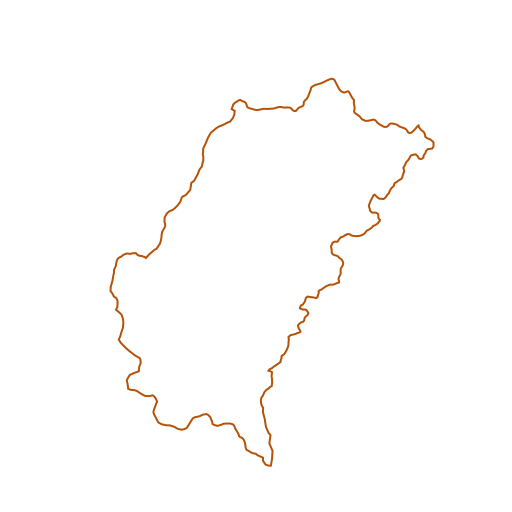 Kurtoe, Lhuntshi, Bhutan (Robinson projection), rotated 110°
{"feature_id": "84629894B57016809532633", "entity_name": "Kurtoe", "entity_type": "district", "adm_level": 2, "iso_a3": "BTN", "parent_name": "Bhutan", "parent_adm1": "Lhuntshi", "projection": "robinson", "projection_center": [90.998, 27.926], "detail": "fine", "context": "isolated", "style": "outline", "palette": "amber", "viewbox_px": 512, "rotation_deg": 110, "n_neighbors": 0, "source": "geoboundaries", "source_scale": "gbopen_adm2", "svg_char_len": 6071}
<svg xmlns="http://www.w3.org/2000/svg" viewBox="0 0 512 512"><g transform="rotate(110 256 256)"><path d="M115.2,321.7L114.8,323.6L114.8,324.5L115.7,325.5L119.3,328.3L121.5,329.2L126.3,329.1L126.9,325.6L128.2,325.4L130.5,324.7L134.3,324.9L138.5,326.3L140.1,328.2L143.7,331.4L147.2,335.3L149.9,337.3L155.6,340.6L160.6,341.5L168.7,341.9L173.2,342.4L175.6,341.4L178.9,340.7L180.8,339.4L184.7,338.1L186.5,338.1L190.5,337.5L194.2,338.7L198.8,338.7L206.5,339.9L209.4,341.8L216.4,340.4L219.8,341.7L222.8,342.8L224.7,344.8L226.2,345.7L231.0,345.7L234.6,346.7L238.6,348.5L241.4,350.2L243.3,352.5L246.2,354.2L251.2,355.1L252.3,354.6L255.1,353.8L256.5,352.6L258.8,351.6L261.2,351.7L265.1,352.4L267.7,352.1L271.4,351.1L274.7,350.6L277.4,350.5L280.5,351.3L283.2,351.9L284.8,353.4L291.3,357.1L295.5,358.7L295.0,360.2L295.2,361.5L295.0,362.9L295.1,363.6L295.5,364.7L295.7,367.3L295.3,367.8L295.3,368.3L294.5,369.7L294.6,370.8L295.0,371.3L296.0,373.5L297.0,374.8L297.7,377.9L298.4,379.1L300.6,381.3L302.9,382.5L304.0,383.9L305.5,384.8L307.7,385.2L311.9,384.7L313.1,384.3L317.3,384.7L320.5,383.7L322.4,383.5L328.4,382.4L334.5,382.0L338.6,380.8L340.4,378.1L342.8,375.6L343.3,372.8L345.8,370.6L351.5,368.8L354.4,369.2L355.5,366.0L357.0,362.4L360.4,359.6L364.0,357.8L369.0,356.5L374.7,356.4L377.1,356.1L381.6,356.3L383.8,353.4L387.1,346.6L389.0,341.4L391.0,335.0L391.7,330.3L392.5,329.4L395.8,327.8L400.3,327.8L404.5,326.7L407.9,330.9L411.1,334.0L414.8,334.7L417.2,334.9L420.1,332.9L424.5,330.7L424.6,327.6L423.6,324.3L423.6,321.5L424.9,316.3L425.4,312.4L424.3,308.6L422.4,305.7L422.4,304.5L423.2,302.9L424.7,300.9L426.9,299.0L428.3,299.3L436.1,299.3L438.1,298.9L440.2,297.1L441.0,296.1L445.8,290.9L446.4,287.1L445.8,282.5L444.7,279.4L444.5,276.6L444.5,273.8L445.1,271.2L445.0,268.8L444.6,266.3L443.6,264.7L441.5,262.3L430.2,259.9L428.3,258.2L426.2,254.6L423.2,251.6L421.5,248.5L421.7,246.6L422.9,244.1L425.4,241.7L427.4,240.1L428.7,239.4L429.1,237.7L428.8,234.1L426.2,230.5L425.0,229.6L424.0,227.6L422.3,223.1L422.1,220.4L422.8,218.5L425.2,216.6L427.5,213.6L430.2,210.7L431.1,210.3L431.6,208.8L431.7,206.8L432.7,204.9L434.5,203.1L437.0,201.5L439.5,200.3L441.4,198.5L441.7,196.0L442.3,193.3L442.4,191.2L441.9,188.5L442.7,186.4L443.1,180.4L446.0,179.4L448.7,175.7L448.7,173.9L448.5,171.7L447.9,170.3L440.9,171.6L433.5,173.8L427.5,179.4L419.3,181.1L418.0,183.6L413.2,188.2L406.1,192.1L400.4,196.1L396.3,197.3L394.8,199.2L392.4,201.1L390.8,201.7L389.6,202.2L387.8,202.5L386.7,202.3L385.1,201.8L380.8,201.5L377.6,200.1L376.6,199.1L373.7,197.6L373.1,196.8L372.6,196.8L369.1,197.6L367.0,198.6L366.0,198.8L365.4,199.3L363.5,200.3L359.7,201.2L359.4,203.1L359.5,205.0L357.9,204.6L355.9,202.6L354.1,201.6L347.3,196.7L346.3,197.0L343.0,197.1L342.4,197.5L341.0,197.7L340.3,197.0L339.6,196.7L338.9,196.0L337.8,195.7L333.8,195.0L329.9,194.9L327.7,195.3L326.2,195.9L324.6,196.2L322.8,196.8L320.9,197.8L318.5,196.4L316.7,193.5L315.6,192.0L314.2,190.7L313.0,189.0L312.2,188.3L311.1,188.8L309.6,190.9L307.1,192.8L305.8,192.6L302.7,190.7L301.8,189.4L300.4,188.7L297.5,189.1L295.8,188.5L294.4,187.7L293.0,187.2L291.8,187.2L290.7,188.4L289.5,190.3L289.6,191.9L290.4,193.9L290.1,196.9L287.3,197.0L285.6,195.4L281.5,194.4L280.5,194.7L278.4,194.7L276.6,193.9L275.3,187.9L275.0,185.4L274.7,184.8L273.7,184.1L273.0,184.4L272.2,184.3L271.1,184.4L269.3,184.4L267.6,185.2L266.7,184.7L264.6,182.6L263.2,181.8L260.8,180.0L259.8,179.1L257.6,176.7L256.5,173.6L255.7,172.6L253.6,170.5L252.9,169.3L252.4,168.9L251.6,169.1L249.2,170.7L247.3,170.8L245.0,170.4L243.6,170.4L240.8,171.5L238.7,172.0L235.2,171.3L233.5,171.5L232.4,171.8L231.0,173.1L230.3,174.1L229.7,175.3L229.4,176.8L228.6,178.3L228.2,179.4L228.1,180.9L228.4,182.6L228.0,184.8L226.9,186.0L223.7,187.3L222.5,188.3L220.8,188.9L219.4,188.6L217.3,188.6L215.5,186.8L214.8,184.5L213.8,183.9L212.3,183.8L209.3,182.6L208.3,181.1L205.8,179.2L205.4,178.5L204.2,177.8L203.7,176.4L203.6,174.8L204.1,173.3L203.7,170.9L203.2,169.0L202.4,167.0L201.6,165.5L199.8,163.2L197.8,161.7L194.4,160.6L191.7,158.2L189.2,156.6L187.8,156.3L186.3,154.6L183.5,152.6L182.5,152.5L181.2,151.8L179.7,151.8L179.2,153.0L178.1,154.1L176.3,154.8L174.9,155.6L174.3,157.1L174.4,158.7L175.5,161.6L175.1,162.9L174.2,164.6L173.1,165.0L171.4,166.4L170.0,167.2L165.5,167.2L158.7,166.3L157.8,165.5L159.1,162.6L159.9,160.2L159.8,159.0L159.2,157.4L159.0,155.9L158.0,155.0L156.6,154.3L153.3,153.4L151.1,152.5L150.1,152.7L148.2,152.3L146.7,152.3L142.7,150.4L141.7,150.8L139.9,150.5L138.4,149.1L137.0,148.4L133.9,145.9L132.7,145.5L131.7,145.4L130.3,145.7L128.5,145.6L127.9,145.9L126.2,145.5L125.8,145.9L124.7,146.2L122.9,147.6L121.9,147.6L120.1,147.2L118.5,147.0L117.3,147.1L116.2,146.9L115.2,146.4L113.3,145.6L108.8,144.9L107.3,143.4L105.9,140.7L106.9,138.2L108.6,136.5L108.6,134.3L107.9,133.4L106.2,132.3L104.5,132.9L101.0,132.0L99.1,132.1L96.9,131.2L94.8,127.2L93.3,126.8L91.9,126.8L88.7,128.0L88.0,129.0L86.8,132.2L86.8,135.4L86.1,137.6L83.3,139.3L81.9,141.2L81.1,143.9L79.3,146.9L77.8,147.9L78.9,148.7L82.3,149.8L86.8,152.0L88.0,153.8L87.7,155.6L86.6,156.7L85.8,158.0L85.3,159.3L85.2,162.1L85.3,163.9L85.2,165.7L84.4,168.3L84.5,170.6L84.9,173.4L85.6,174.9L86.7,175.8L88.4,176.3L89.9,177.4L90.6,178.9L90.8,180.2L90.1,184.8L89.1,187.9L87.8,189.8L87.5,191.4L87.9,192.8L89.4,194.9L90.9,197.6L91.5,199.0L91.4,202.0L91.1,203.5L89.3,206.5L87.6,212.5L86.4,213.4L84.0,213.7L82.6,214.2L78.8,216.4L75.9,217.3L74.3,219.9L70.3,224.4L69.7,225.5L70.2,226.6L71.4,227.8L72.3,229.2L72.3,231.0L71.8,233.1L70.9,234.8L63.8,242.4L63.3,243.9L63.5,245.5L64.8,247.2L67.5,250.1L69.1,251.5L71.5,254.0L72.5,255.3L74.5,258.1L75.9,259.7L78.1,261.4L79.2,261.8L80.6,261.5L82.4,261.4L83.7,261.6L85.4,261.5L89.2,261.7L91.6,262.3L93.0,263.2L94.9,263.7L97.4,263.0L99.1,263.4L102.2,266.6L106.0,268.1L106.7,269.4L106.5,271.2L105.4,273.1L105.0,274.8L105.4,276.6L107.0,280.6L107.4,283.3L107.9,284.9L108.8,286.4L111.0,289.3L111.8,290.7L114.2,296.3L114.6,297.8L115.1,299.2L117.9,303.8L118.6,305.2L118.9,306.6L119.4,312.7L119.2,314.8L118.4,315.7L117.2,316.5L115.7,318.0L115.1,319.2L115.2,321.7Z" fill="none" stroke="#b45309" stroke-width="2"/></g></svg>